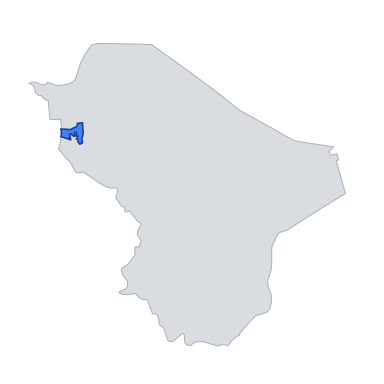 Al-Mejar Al-Kabir, Maysan, Iraq shown in context, rotated 175°
{"feature_id": "34846034B74630941173951", "entity_name": "Al-Mejar Al-Kabir", "entity_type": "district", "adm_level": 2, "iso_a3": "IRQ", "parent_name": "Iraq", "parent_adm1": "Maysan", "projection": "orthographic", "projection_center": [47.287, 31.432], "detail": "fine", "context": "in_parent", "style": "filled", "palette": "blue", "viewbox_px": 384, "rotation_deg": 175, "n_neighbors": 0, "source": "geoboundaries", "source_scale": "gbopen_adm2", "svg_char_len": 4979}
<svg xmlns="http://www.w3.org/2000/svg" viewBox="0 0 384 384"><g transform="rotate(175 192 192)"><path d="M157.3,45.0L160.2,44.4L165.8,40.1L169.1,36.1L170.1,35.8L172.8,37.2L174.8,37.7L179.5,36.3L182.2,37.2L184.5,38.4L185.8,38.5L191.9,41.3L193.4,41.7L196.6,42.1L201.3,42.4L204.5,40.8L206.7,39.2L208.2,39.3L209.7,39.7L210.9,40.5L211.9,41.7L212.4,43.5L212.0,49.1L212.4,50.6L213.2,51.7L214.3,51.9L215.6,50.7L218.0,49.0L220.8,47.2L222.9,45.4L224.2,44.8L226.0,44.9L227.9,45.3L228.8,46.2L228.9,46.4L229.8,49.1L232.0,59.0L233.3,60.3L234.9,61.3L236.0,62.8L236.4,64.3L236.2,66.6L236.2,69.2L236.8,71.3L237.7,72.9L238.6,73.6L239.8,73.7L241.4,74.1L242.4,75.7L245.5,87.0L245.8,88.4L247.1,88.9L249.4,88.8L251.8,90.0L254.3,91.8L256.6,95.3L258.2,95.8L263.2,95.4L270.0,96.0L273.2,97.8L272.9,98.9L270.4,100.1L266.0,101.5L264.7,103.9L263.9,107.0L264.0,108.8L265.1,110.7L268.1,114.6L268.3,116.0L268.8,117.9L269.3,119.3L268.7,121.8L265.9,123.6L262.1,125.5L254.6,133.9L254.0,135.8L253.9,140.8L253.2,142.3L250.8,142.2L249.0,141.9L248.9,143.7L247.6,146.1L246.9,148.1L249.6,153.0L250.0,155.6L249.6,157.9L246.9,161.9L245.4,164.7L245.7,165.3L247.7,166.4L253.8,175.4L255.7,178.6L258.4,177.8L259.4,177.8L260.1,178.4L260.6,179.4L260.6,180.8L259.9,182.7L263.2,183.6L264.4,185.6L268.3,192.6L268.1,194.7L266.2,198.0L266.1,200.1L266.5,202.1L267.1,202.8L272.9,203.1L275.4,203.9L281.4,207.5L288.3,213.0L293.9,217.5L298.7,221.3L303.8,221.0L305.3,221.7L306.6,222.9L308.0,226.0L311.0,233.1L313.5,235.4L317.5,241.1L321.1,246.4L318.8,253.6L316.4,261.1L316.5,270.8L316.5,276.0L321.5,276.2L327.1,276.4L327.2,282.6L327.2,288.8L327.3,296.0L329.0,296.2L331.6,297.8L332.8,300.1L334.2,301.3L335.9,301.5L337.6,302.6L339.3,304.7L339.9,306.2L339.4,307.3L339.8,309.2L341.0,311.8L342.4,313.1L344.7,314.6L341.7,315.5L338.5,314.9L331.5,311.8L329.3,311.7L326.4,312.9L326.3,314.0L319.0,310.5L316.4,309.8L315.4,309.8L311.3,309.8L305.3,310.5L301.8,311.9L299.4,313.4L298.3,314.9L297.9,315.7L296.0,320.0L293.8,325.6L291.5,330.7L287.1,337.7L284.6,341.0L279.2,347.1L273.5,348.2L260.3,346.9L245.6,345.4L231.0,343.8L220.1,342.5L219.3,342.2L208.8,333.2L200.5,326.1L190.2,317.2L179.7,308.1L169.1,298.8L161.5,292.1L152.3,283.4L144.0,275.4L137.4,269.1L128.9,263.5L122.3,259.1L112.7,252.6L105.1,247.4L98.5,242.9L88.5,236.0L85.2,234.1L74.6,231.3L64.5,228.9L54.2,226.3L47.2,224.6L52.2,220.5L51.1,216.4L47.7,216.9L44.5,217.6L43.1,211.2L45.6,210.6L44.0,202.4L42.4,193.9L40.9,185.6L39.3,177.2L48.5,172.6L55.3,169.2L64.9,164.3L74.0,159.6L82.8,155.1L92.3,150.1L100.9,145.6L108.5,144.0L110.2,142.5L114.1,135.9L117.3,130.2L117.6,128.9L118.1,120.6L119.2,110.9L120.5,105.8L122.4,101.3L124.1,98.1L124.5,94.9L124.5,91.7L123.2,86.9L121.9,81.8L122.4,77.0L122.8,74.4L124.1,70.3L126.0,67.4L128.0,65.7L135.1,64.1L139.3,63.2L145.1,58.1L148.6,55.1L153.4,50.3L156.9,46.8L157.3,45.5L157.3,45.0Z" fill="#d9dde1" stroke="#a8b0b8" stroke-width="1"/><path d="M300.2,270.4L300.2,269.9L300.3,269.3L300.4,268.7L300.4,268.3L300.5,267.9L300.7,267.7L301.2,267.4L301.6,267.3L301.7,267.2L303.3,266.5L303.8,266.3L304.2,266.3L304.4,266.2L306.2,265.4L306.7,265.2L306.9,265.1L307.3,264.9L307.5,264.8L307.6,264.7L307.8,264.7L308.1,264.7L308.4,264.8L308.6,264.9L308.8,265.0L309.1,265.1L309.6,265.1L310.1,265.2L310.6,265.3L312.0,265.5L312.4,265.6L315.9,266.0L316.0,266.1L316.8,266.1L317.1,266.2L317.1,265.5L317.0,263.9L317.0,262.6L317.1,261.4L317.0,261.1L317.2,260.7L317.6,259.4L317.9,258.6L315.9,257.8L312.8,256.5L310.6,255.5L309.8,255.2L309.0,254.9L308.6,254.7L308.2,254.7L308.3,255.1L308.4,255.7L308.4,256.3L308.9,256.3L309.2,256.3L309.5,257.0L309.1,257.0L308.9,257.0L308.5,257.1L308.6,257.6L308.7,257.9L308.7,258.6L308.9,259.7L309.0,260.1L308.4,260.3L308.0,260.5L307.7,260.6L307.3,260.3L307.3,260.1L307.0,259.8L306.7,259.3L306.5,259.1L306.3,259.0L305.8,258.5L305.4,258.2L305.1,258.1L304.9,258.0L304.7,257.8L304.6,257.6L304.2,257.7L303.8,257.8L303.5,257.9L303.5,258.1L303.4,258.2L303.3,258.4L303.2,258.4L303.4,258.6L303.6,258.7L303.7,258.9L303.9,259.0L304.0,259.1L304.1,259.3L304.3,259.5L304.3,259.8L304.1,260.0L303.9,260.4L303.7,260.7L303.7,261.0L303.6,261.3L303.6,261.6L302.8,261.6L302.5,261.7L302.2,261.7L302.0,261.0L302.0,260.1L301.9,259.5L301.8,258.4L301.7,258.0L301.5,257.6L301.7,257.2L301.7,256.6L301.4,256.7L301.8,256.1L302.0,255.6L302.1,255.1L302.6,254.9L302.1,254.6L301.7,254.4L301.3,254.2L300.9,253.9L300.9,253.5L301.1,253.1L301.3,252.7L301.2,252.0L301.0,251.5L301.0,251.3L300.8,251.1L300.4,250.8L300.1,250.1L299.9,249.9L299.7,249.5L299.6,249.4L299.1,249.6L298.6,249.9L298.4,249.7L298.1,249.8L297.8,250.2L297.3,250.3L296.9,250.6L296.6,251.2L297.0,251.3L297.2,251.9L296.8,252.4L297.0,253.1L296.9,253.9L296.9,254.7L296.9,255.5L296.8,256.0L296.4,256.7L296.1,257.1L295.9,257.9L295.8,258.1L295.6,258.7L295.4,259.5L295.2,260.4L295.2,261.3L295.2,262.3L295.2,263.1L295.1,264.0L295.1,264.8L295.1,265.8L295.1,266.9L295.1,268.0L295.0,269.3L295.0,270.5L295.3,270.5L296.2,270.5L299.2,270.4L299.5,270.4L299.9,270.4L300.2,270.4Z" fill="#3b82f6" stroke="#1e3a8a" stroke-width="1.5"/></g></svg>